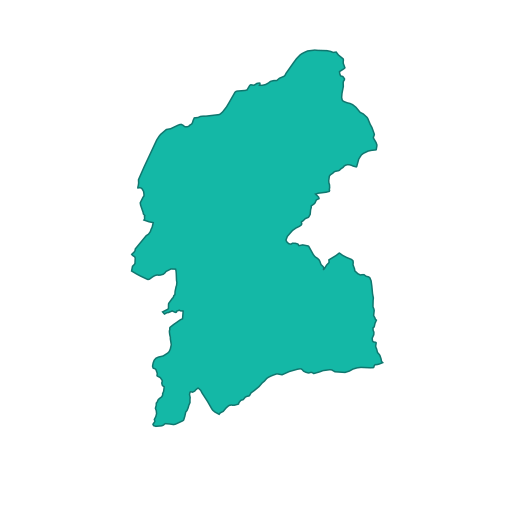 Lang Chanh, Thanh Hóa, Vietnam (Natural Earth projection), rotated 241°
{"feature_id": "81297802B3900213451305", "entity_name": "Lang Chanh", "entity_type": "district", "adm_level": 2, "iso_a3": "VNM", "parent_name": "Vietnam", "parent_adm1": "Thanh Hóa", "projection": "natural_earth1", "projection_center": [105.128, 20.149], "detail": "fine", "context": "isolated", "style": "filled", "palette": "teal", "viewbox_px": 512, "rotation_deg": 241, "n_neighbors": 0, "source": "geoboundaries", "source_scale": "gbopen_adm2", "svg_char_len": 6140}
<svg xmlns="http://www.w3.org/2000/svg" viewBox="0 0 512 512"><g transform="rotate(241 256 256)"><path d="M209.8,112.1L208.0,111.7L207.6,111.8L206.3,113.0L205.3,113.4L202.0,112.9L201.0,112.6L199.3,111.4L198.8,111.5L196.1,113.3L193.3,113.6L192.1,113.5L190.6,112.0L188.6,111.4L187.7,111.5L186.1,112.3L182.3,109.5L180.9,107.6L179.7,107.0L179.0,106.0L178.5,105.2L178.2,102.6L177.8,100.9L176.0,98.5L175.7,97.5L173.7,96.3L171.6,94.2L169.1,93.8L166.3,92.6L164.2,90.6L162.3,87.8L160.6,87.5L160.2,87.2L158.8,84.3L157.3,84.2L155.6,85.8L153.4,90.7L153.1,91.8L153.0,93.3L153.3,94.2L153.3,95.5L150.9,99.1L148.5,102.2L148.0,103.9L147.8,105.9L147.4,111.7L147.5,112.9L147.7,113.3L150.4,116.1L153.6,118.9L154.3,120.7L156.0,122.9L158.1,125.0L159.8,127.2L162.4,128.6L164.2,129.8L167.1,130.7L168.5,131.9L168.9,132.4L168.9,133.0L168.7,133.4L167.7,134.4L167.6,135.6L167.6,137.0L168.2,138.5L168.6,141.1L168.4,141.5L165.4,142.5L162.4,142.4L152.3,143.1L143.9,143.2L142.1,143.4L139.5,144.4L135.4,147.0L136.1,148.6L136.0,152.0L137.6,156.2L138.2,159.0L138.3,160.0L137.7,162.2L136.8,163.2L135.9,165.0L135.0,168.8L135.1,169.1L136.0,169.9L137.0,172.4L137.0,173.8L136.6,174.7L136.7,175.5L137.8,178.3L137.6,180.1L137.0,182.0L137.1,182.7L138.7,185.3L139.2,189.5L140.3,195.3L142.0,199.9L142.5,202.7L143.7,206.0L143.9,207.9L143.8,210.5L143.5,213.2L142.9,216.8L142.4,217.7L139.5,221.2L138.8,229.2L136.9,237.3L136.0,239.8L135.3,240.8L134.3,241.3L132.2,241.8L130.3,243.1L128.5,244.9L128.1,245.5L127.8,247.0L127.4,248.0L126.7,248.7L125.2,249.5L123.8,255.5L123.3,259.0L120.8,265.4L119.7,267.0L116.5,268.9L111.0,277.4L110.1,281.8L110.1,286.0L109.2,290.1L107.7,293.8L102.8,301.8L101.5,304.4L101.5,304.9L102.7,306.2L103.1,307.2L103.1,307.8L102.4,309.0L101.8,311.2L101.3,315.1L103.0,314.7L105.4,315.5L108.6,316.1L109.9,316.1L112.7,315.5L116.2,316.4L118.1,316.6L119.2,317.0L121.8,319.0L122.5,318.8L123.8,317.2L124.5,316.8L125.0,316.7L126.7,317.3L127.4,317.6L128.1,318.2L130.0,320.8L131.7,321.9L132.4,322.2L134.3,322.4L136.4,323.5L136.7,325.0L139.4,327.4L141.5,330.2L143.1,329.7L144.0,330.0L146.9,330.0L151.0,332.9L152.5,333.4L154.9,333.7L160.4,336.9L162.4,338.3L166.4,339.6L173.5,342.7L178.4,344.6L181.7,345.0L183.1,344.4L185.0,342.4L187.3,341.4L188.2,339.8L188.8,338.1L191.1,336.5L195.2,335.2L196.8,335.9L201.3,336.6L203.1,337.8L204.7,338.5L206.6,337.9L211.0,334.4L214.5,332.1L218.1,330.4L218.2,330.0L217.6,326.2L217.3,317.9L214.9,316.8L213.8,313.3L211.9,309.9L211.4,308.6L211.5,308.5L213.0,309.6L214.3,309.5L217.0,308.7L220.0,309.2L221.9,309.3L224.0,308.7L226.4,307.4L227.5,307.1L229.5,306.8L238.8,306.8L239.5,306.5L243.1,302.2L244.0,299.2L244.5,298.4L245.5,298.5L246.2,298.4L248.0,296.6L249.5,294.1L249.4,292.3L250.5,291.0L250.9,290.6L253.4,289.8L255.4,289.9L258.0,293.0L260.3,299.3L260.7,300.8L261.1,304.4L260.9,308.5L261.2,310.7L261.9,311.6L263.4,312.0L263.9,312.5L263.9,313.9L264.8,317.3L264.4,320.5L264.7,321.3L266.2,323.6L270.0,326.2L271.7,327.9L273.0,328.5L273.4,332.1L273.8,333.3L275.6,335.7L275.7,336.2L275.8,337.0L275.6,338.8L275.7,339.0L277.1,339.3L281.3,338.1L280.7,341.0L277.8,348.2L277.0,351.4L277.6,352.1L278.7,352.4L280.0,353.5L282.6,354.8L284.6,355.2L286.6,356.1L290.2,358.8L290.7,359.7L291.0,360.8L291.2,363.3L291.7,365.3L291.6,366.3L290.6,369.6L290.5,370.6L291.0,372.0L291.3,375.2L291.9,376.7L292.0,378.3L291.5,380.4L290.3,382.2L289.0,383.5L287.6,384.5L285.3,386.9L285.4,387.4L291.0,392.9L293.3,397.1L293.7,399.7L293.4,405.0L292.5,408.0L290.7,412.3L290.7,412.7L293.7,415.1L294.6,415.6L297.0,416.0L302.3,415.9L303.0,416.3L304.7,418.3L305.6,418.6L312.2,419.7L315.8,419.7L322.0,420.4L323.4,420.3L328.2,418.7L331.2,416.7L337.6,415.5L341.5,413.9L343.8,412.2L345.8,410.0L347.5,408.6L349.0,407.4L350.6,407.0L353.2,407.8L356.5,410.0L362.0,414.6L365.2,416.2L366.5,417.3L367.2,418.7L368.1,419.3L370.7,419.0L371.3,418.6L372.2,417.5L372.9,417.4L374.5,417.5L376.8,418.4L377.1,423.3L377.3,424.4L377.5,425.0L382.1,425.7L383.7,426.5L385.1,427.5L386.2,427.8L391.9,425.5L395.5,425.0L396.6,422.2L398.8,420.4L401.2,417.6L405.9,409.7L407.6,407.2L410.3,400.6L410.6,397.3L410.7,394.4L410.5,392.2L409.0,387.2L406.8,382.4L401.3,371.0L399.8,368.7L399.6,367.5L400.1,362.7L399.4,359.3L399.7,358.6L400.8,356.6L401.6,353.7L401.6,352.7L401.3,351.1L401.3,347.8L401.5,346.7L402.3,344.1L403.6,341.8L404.1,342.6L404.8,343.0L405.4,343.1L405.8,342.4L406.5,340.5L406.3,337.3L406.6,336.6L408.2,334.6L408.3,334.2L408.2,333.2L405.6,328.7L406.0,326.9L409.4,319.4L409.6,318.1L409.4,317.0L402.9,306.3L400.7,302.5L398.2,296.7L397.5,293.6L397.6,292.2L402.5,280.2L404.1,277.2L405.0,275.0L405.2,272.5L406.7,269.0L405.1,266.8L403.5,265.2L402.6,263.7L402.5,261.4L402.1,260.3L402.2,259.0L403.0,257.2L403.8,256.3L405.6,255.6L407.3,254.5L407.9,253.1L408.2,251.2L408.7,243.0L410.1,238.9L408.6,231.5L407.7,229.3L405.6,225.4L388.2,201.4L379.7,190.2L376.7,188.7L374.7,187.2L373.3,185.9L372.8,185.7L371.9,187.8L371.0,188.5L370.2,188.9L367.0,189.0L364.4,188.0L362.8,187.1L362.2,185.7L358.6,180.5L356.3,179.7L348.8,178.4L347.4,177.9L345.1,178.3L344.5,177.5L343.4,177.1L342.3,176.4L341.8,175.4L337.8,179.0L335.0,182.3L331.4,179.0L330.2,177.2L328.6,175.5L327.2,172.6L327.0,169.8L320.8,154.1L320.6,153.7L319.5,153.1L318.6,151.5L317.7,148.1L316.4,148.3L314.1,149.5L312.8,149.4L308.1,146.5L307.5,145.2L306.9,143.0L303.2,139.9L298.2,142.8L294.5,145.2L288.1,149.8L287.7,150.4L287.4,151.6L287.9,155.7L287.9,158.0L287.4,160.3L286.5,161.4L285.7,163.1L285.0,166.0L285.4,168.2L286.1,169.8L285.9,175.3L283.5,179.3L281.9,178.9L279.4,177.8L273.3,174.7L271.3,174.0L268.8,172.3L268.0,171.3L264.3,168.1L261.5,166.3L261.2,165.0L259.8,163.4L259.5,162.2L256.9,156.7L256.4,156.2L252.6,154.0L252.2,153.0L252.4,147.2L249.6,147.8L249.6,150.5L248.9,152.3L249.0,153.4L248.8,153.5L248.6,156.0L245.8,158.1L245.5,158.6L245.5,159.2L246.0,159.5L246.2,159.8L245.8,162.7L244.8,163.2L243.7,164.8L243.4,165.5L243.0,165.5L236.7,161.3L236.9,159.0L236.0,150.5L235.3,146.4L234.9,145.7L233.5,145.0L232.4,143.9L231.2,143.3L229.0,142.4L226.4,141.7L225.0,140.9L219.5,138.9L216.1,135.9L214.5,133.7L213.9,131.7L213.6,126.7L213.7,125.8L214.9,121.7L215.1,118.9L214.3,116.7L213.8,115.9L212.2,114.1L209.8,112.1Z" fill="#14b8a6" stroke="#0f766e" stroke-width="1.5"/></g></svg>